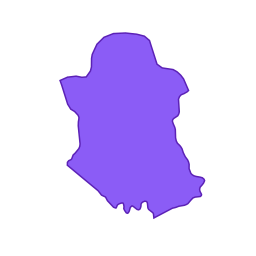 an SVG outline of Krapinsko-Zagorska, rotated 68°
{"feature_id": "HRV-1582", "entity_name": "Krapinsko-Zagorska", "entity_type": "County", "adm_level": 1, "iso_a3": "HRV", "parent_name": "Croatia", "parent_adm1": "", "projection": "albers", "projection_center": [16.026, 46.085], "detail": "fine", "context": "isolated", "style": "filled", "palette": "violet", "viewbox_px": 256, "rotation_deg": 68, "n_neighbors": 0, "source": "natural_earth", "source_scale": "10m", "svg_char_len": 1923}
<svg xmlns="http://www.w3.org/2000/svg" viewBox="0 0 256 256"><g transform="rotate(68 128 128)"><path d="M93.6,62.0L94.6,61.3L98.9,59.3L103.3,58.1L115.9,57.8L116.6,59.5L117.1,63.1L117.1,66.2L118.2,68.5L120.2,70.4L132.2,74.4L133.9,75.6L135.3,77.3L135.9,80.1L136.3,82.1L137.1,83.5L138.4,84.3L141.0,84.5L144.9,84.4L147.2,84.7L155.0,87.6L158.1,88.1L160.6,87.9L163.8,86.5L165.6,86.0L167.6,85.7L171.6,86.0L176.0,85.7L179.9,84.7L182.0,84.6L184.5,84.9L188.6,86.6L193.7,86.7L195.3,86.0L196.9,84.9L198.3,83.2L200.6,79.5L202.0,77.7L203.9,76.7L205.5,76.7L207.3,78.5L208.4,80.3L209.9,83.3L211.5,84.5L213.5,85.0L217.1,84.7L218.1,85.3L218.6,86.6L217.2,91.7L217.2,94.0L218.5,96.9L220.4,100.5L220.6,101.0L220.8,102.5L220.8,104.6L219.6,110.1L219.5,113.6L219.0,116.9L221.1,137.7L217.2,136.6L216.7,136.6L216.3,136.6L215.2,137.1L211.3,139.3L210.3,139.5L209.2,139.4L205.1,138.2L203.8,138.1L202.8,138.7L202.1,140.0L202.2,142.4L202.8,143.7L203.6,144.5L205.2,145.2L206.2,145.9L207.0,146.6L207.8,147.6L207.8,148.9L206.9,150.1L202.7,152.5L201.7,153.4L202.2,155.0L202.7,155.8L205.2,157.7L206.0,158.5L206.8,159.7L206.8,160.6L206.0,161.4L203.3,162.0L202.1,162.1L201.2,162.1L199.5,161.2L198.3,160.9L197.2,160.7L196.3,160.7L195.7,160.8L195.4,161.4L195.1,162.3L195.0,164.7L195.2,166.0L195.6,166.9L197.1,168.3L197.5,168.8L197.7,169.2L196.9,170.2L196.0,171.1L187.7,174.3L183.6,174.7L180.3,177.7L175.0,179.2L139.8,198.2L137.1,197.0L136.1,195.2L136.0,192.9L135.6,191.8L132.5,189.0L131.4,186.2L128.7,181.3L127.0,179.6L124.8,178.4L107.3,173.3L103.7,171.7L101.4,170.3L99.8,169.5L97.5,169.5L92.7,171.3L89.1,174.0L83.3,175.0L63.5,173.4L58.5,173.2L58.2,164.9L58.3,164.8L60.5,156.7L63.7,151.8L65.0,147.6L63.6,145.4L61.1,141.5L57.7,139.0L49.8,135.7L46.4,133.6L44.2,131.3L38.7,125.4L34.9,116.3L35.0,106.1L39.0,94.7L44.3,84.8L45.3,83.4L49.0,78.4L55.0,75.3L59.7,75.7L79.7,77.2L85.1,73.8L90.7,64.3L93.6,62.0Z" fill="#8b5cf6" stroke="#5b21b6" stroke-width="1.5"/></g></svg>